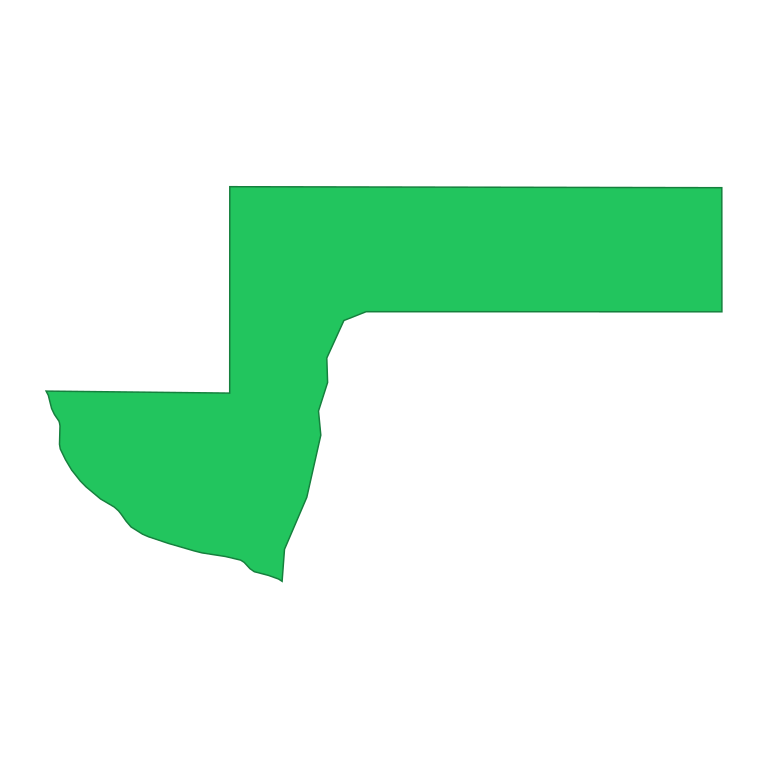 the district of Pepin, Wisconsin, United States of America
{"feature_id": "52423323B37553919302719", "entity_name": "Pepin", "entity_type": "district", "adm_level": 2, "iso_a3": "USA", "parent_name": "United States of America", "parent_adm1": "Wisconsin", "projection": "mercator", "projection_center": [-92.145, 44.546], "detail": "fine", "context": "isolated", "style": "filled", "palette": "green", "viewbox_px": 768, "rotation_deg": 0, "n_neighbors": 0, "source": "geoboundaries", "source_scale": "gbopen_adm2", "svg_char_len": 671}
<svg xmlns="http://www.w3.org/2000/svg" viewBox="0 0 768 768"><path d="M721.8,187.7L229.8,186.7L229.7,393.1L46.1,391.1L48.3,395.3L51.6,408.5L54.5,414.6L59.0,421.2L59.5,422.9L60.0,425.9L59.5,444.3L60.3,449.0L65.5,459.7L71.7,470.1L80.4,481.1L86.1,486.9L100.6,499.0L114.2,507.0L118.5,510.8L121.4,514.5L126.2,521.3L131.1,527.0L142.6,534.2L148.6,536.8L168.7,543.5L194.2,550.9L202.1,552.9L225.4,556.5L240.6,560.1L244.1,562.3L250.0,568.7L254.3,571.7L268.1,575.3L278.5,579.0L282.1,581.3L284.5,549.3L306.8,497.3L320.8,435.2L318.5,411.0L327.6,382.5L326.8,358.0L343.9,320.5L366.1,311.7L475.6,311.7L721.9,311.8L721.8,187.7Z" fill="#22c55e" stroke="#15803d" stroke-width="1.5"/></svg>